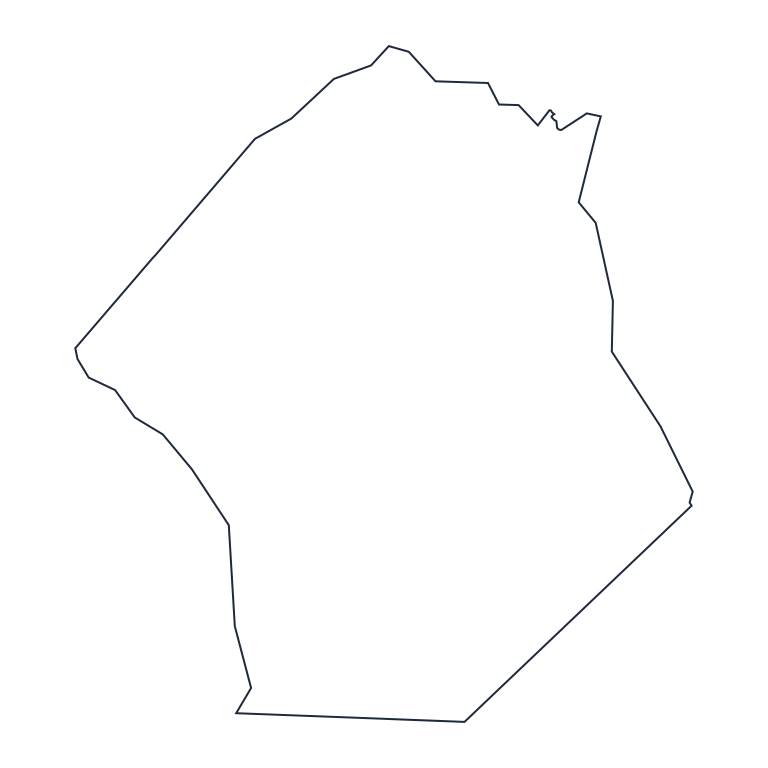 outline of Hoke, North Carolina, United States of America
{"feature_id": "52423323B67745221671047", "entity_name": "Hoke", "entity_type": "district", "adm_level": 2, "iso_a3": "USA", "parent_name": "United States of America", "parent_adm1": "North Carolina", "projection": "albers", "projection_center": [-79.199, 35.024], "detail": "fine", "context": "isolated", "style": "outline", "palette": "slate", "viewbox_px": 768, "rotation_deg": 0, "n_neighbors": 0, "source": "geoboundaries", "source_scale": "gbopen_adm2", "svg_char_len": 814}
<svg xmlns="http://www.w3.org/2000/svg" viewBox="0 0 768 768"><path d="M600.8,116.4L586.8,113.4L561.3,130.0L559.2,129.7L557.5,128.5L557.1,127.7L556.4,121.2L553.9,119.7L551.5,117.0L551.7,116.3L553.8,114.3L554.2,114.1L552.6,112.9L551.8,112.1L551.0,110.6L549.5,110.2L537.8,125.4L518.6,105.1L499.0,104.5L488.0,83.0L435.5,81.3L408.8,51.8L388.8,46.1L371.1,65.4L333.9,78.9L291.3,118.6L255.0,138.8L155.9,254.6L153.4,257.3L152.7,258.0L75.3,348.2L77.5,359.0L88.7,377.6L115.1,390.1L134.8,417.5L162.8,434.4L191.9,469.3L228.8,525.2L234.8,626.2L251.1,688.0L236.2,713.2L464.5,721.9L500.5,687.6L652.4,543.0L675.0,521.5L687.0,510.1L687.7,509.4L691.6,505.7L689.6,502.6L692.7,491.6L660.5,426.4L611.8,351.6L612.9,300.9L595.7,222.9L578.7,202.3L596.3,132.3L598.4,124.9L600.8,116.4Z" fill="none" stroke="#1e293b" stroke-width="2"/></svg>